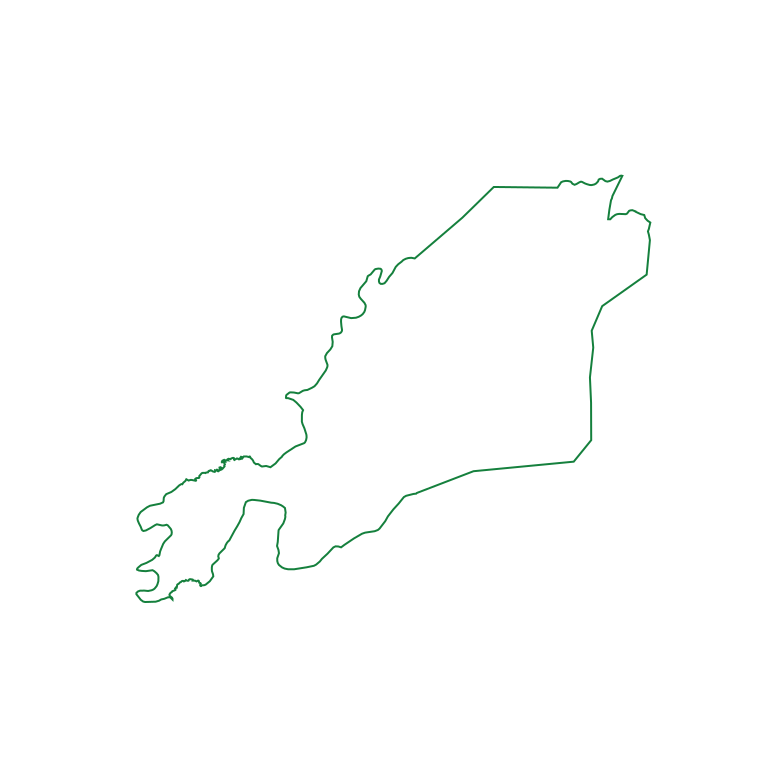 the district of Mon Repos, Praslin, Saint Lucia, rotated 159°
{"feature_id": "8701671B32794864311067", "entity_name": "Mon Repos", "entity_type": "district", "adm_level": 2, "iso_a3": "LCA", "parent_name": "Saint Lucia", "parent_adm1": "Praslin", "projection": "mercator", "projection_center": [-60.893, 13.858], "detail": "fine", "context": "isolated", "style": "outline", "palette": "green", "viewbox_px": 768, "rotation_deg": 159, "n_neighbors": 0, "source": "geoboundaries", "source_scale": "gbopen_adm2", "svg_char_len": 6130}
<svg xmlns="http://www.w3.org/2000/svg" viewBox="0 0 768 768"><g transform="rotate(159 384 384)"><path d="M86.9,492.9L87.8,493.5L89.1,493.7L91.4,493.1L93.2,493.0L97.1,492.9L100.3,492.6L102.9,492.9L104.6,494.1L106.8,497.5L108.7,498.1L110.3,497.9L111.6,496.4L114.1,495.2L116.0,494.9L118.9,495.3L120.5,496.0L122.9,497.8L124.5,499.2L126.7,501.7L127.6,502.3L129.2,502.3L132.7,501.7L134.7,501.7L136.3,503.4L136.9,505.5L137.4,506.2L139.5,507.6L141.6,508.5L144.3,509.0L146.3,508.9L151.7,505.1L210.9,528.6L251.2,511.2L310.3,490.2L313.2,492.0L314.4,492.4L316.3,492.9L318.8,493.1L321.6,492.8L323.7,491.9L327.8,490.7L331.1,489.1L336.3,484.6L340.8,482.2L344.6,479.4L347.4,477.9L349.5,478.0L351.2,478.7L352.0,479.9L352.0,481.4L351.3,483.3L349.0,485.7L345.6,490.2L345.4,491.0L345.5,492.1L346.1,492.9L348.0,493.8L350.6,494.3L351.6,494.2L357.2,491.1L359.8,490.7L360.6,490.4L363.7,486.3L371.6,482.0L374.1,479.5L375.5,476.6L375.8,474.3L375.2,472.0L373.2,466.8L372.9,464.2L373.4,462.7L375.3,459.7L376.6,458.3L378.8,456.9L380.8,456.2L383.5,455.8L386.4,455.9L391.1,457.3L397.2,461.5L398.6,461.7L400.0,460.9L400.9,459.7L401.8,457.5L403.0,453.3L403.8,449.5L404.3,448.6L405.5,447.6L406.9,447.2L408.0,447.2L412.9,448.3L413.7,448.3L415.1,447.7L415.8,446.3L416.8,441.7L418.7,437.8L421.7,435.5L426.2,433.3L428.9,431.0L429.5,429.4L429.8,427.7L429.9,422.1L430.4,420.9L431.1,419.9L433.5,417.5L443.0,411.1L446.4,408.5L449.7,406.8L452.6,406.3L457.6,405.9L460.5,406.6L462.3,406.7L466.6,405.9L467.6,406.1L471.1,408.3L474.0,409.6L475.2,409.9L478.8,408.8L479.4,408.4L480.5,406.2L480.4,405.9L478.5,405.1L474.4,401.7L472.4,398.1L470.1,392.6L468.9,388.6L470.4,387.0L471.7,384.6L474.2,378.2L474.4,375.6L474.2,371.2L474.6,364.7L474.9,363.4L475.5,361.7L476.9,359.5L478.7,357.8L479.8,357.4L489.0,357.4L499.6,355.1L502.7,354.2L504.8,353.2L505.3,352.7L508.8,351.4L513.7,348.7L519.8,347.0L523.4,349.7L527.5,350.7L528.5,351.8L530.0,354.2L531.3,354.9L532.3,355.0L533.6,357.3L533.7,359.5L534.2,361.2L534.9,362.4L535.2,364.3L535.6,364.5L536.2,364.1L538.2,365.6L540.8,366.6L542.7,365.5L542.8,366.8L543.6,367.3L544.2,366.8L544.1,366.1L543.8,365.7L544.3,365.3L544.7,365.3L545.3,366.2L545.6,366.2L545.9,365.6L546.4,365.6L547.9,367.2L550.9,366.7L551.1,367.3L550.6,368.4L550.9,368.9L551.7,369.2L553.4,369.2L554.2,368.8L555.9,369.9L557.0,369.8L557.4,369.1L557.2,368.7L558.8,369.5L559.4,369.4L559.8,368.3L560.9,369.4L560.8,369.7L560.1,370.0L560.4,370.5L562.4,370.3L563.4,369.3L563.3,368.9L562.0,368.8L561.5,367.6L561.3,366.0L562.3,365.3L562.4,364.2L565.0,362.8L566.4,364.9L567.5,365.0L567.7,364.6L567.5,363.7L566.8,363.1L566.3,363.1L566.5,362.4L568.0,362.4L568.6,362.7L569.6,361.9L570.1,361.9L570.3,362.1L570.1,363.1L570.4,363.7L570.8,363.9L571.6,363.3L572.6,364.0L572.9,363.0L573.5,362.6L575.0,363.6L576.5,365.5L577.1,365.7L577.9,365.3L578.5,365.6L579.1,365.5L580.0,364.6L581.8,365.1L582.5,364.8L583.2,365.3L585.1,366.0L586.2,366.0L589.5,364.2L589.8,363.0L590.5,362.6L592.6,363.3L593.4,363.3L594.4,362.9L594.5,362.3L594.0,361.7L594.0,361.3L594.4,361.1L598.0,363.4L599.0,363.8L601.0,363.9L602.7,365.9L604.1,364.7L606.7,363.8L608.2,362.7L608.7,363.1L609.7,363.1L611.6,362.7L616.6,360.6L621.3,359.4L626.8,359.2L629.3,357.7L630.4,356.6L631.8,353.6L632.7,352.7L635.9,352.5L646.1,354.2L649.5,353.8L657.0,351.7L659.8,349.8L661.2,348.3L662.3,347.0L662.6,345.9L662.8,344.7L662.7,341.6L662.3,338.1L662.3,334.7L662.0,333.9L661.3,333.0L658.8,332.6L653.8,333.2L648.2,334.3L646.3,334.4L641.8,331.4L640.0,330.8L637.4,330.5L636.5,329.5L635.0,325.2L634.9,323.3L635.3,321.5L636.2,319.8L637.0,319.1L645.0,315.6L647.4,313.9L651.5,309.6L653.1,307.8L655.0,304.7L655.9,304.1L657.3,305.6L658.2,305.5L660.1,304.1L663.4,302.9L669.9,302.1L675.4,302.1L678.9,300.9L680.1,300.4L681.0,299.6L681.1,299.2L679.6,297.7L677.1,296.3L673.4,294.6L666.8,293.1L665.5,291.5L664.1,288.8L663.4,286.6L663.7,284.7L665.3,280.8L667.2,278.3L668.7,276.8L669.9,276.1L671.5,275.2L672.9,274.8L674.8,274.7L678.4,275.3L681.8,277.0L685.9,278.5L688.0,278.5L690.0,277.7L690.5,276.5L688.4,269.7L686.8,267.2L685.2,266.1L675.2,262.6L671.7,262.3L669.2,262.7L666.0,262.2L662.3,262.3L660.7,261.8L660.0,261.4L658.7,258.5L658.4,259.2L658.5,260.5L660.0,263.1L659.7,264.4L658.0,265.6L656.7,265.8L655.9,266.4L653.0,266.4L652.4,266.6L652.4,267.9L651.5,268.4L651.3,268.1L650.5,268.1L650.4,269.0L649.9,269.1L649.0,270.7L648.4,271.0L647.4,271.0L645.6,271.9L644.6,271.9L643.5,272.4L642.4,272.3L641.4,271.8L641.4,271.4L640.4,271.4L639.2,272.0L638.4,271.0L637.4,270.5L636.9,270.5L636.2,271.2L635.5,271.4L634.6,271.1L632.7,270.0L632.5,269.5L633.0,269.0L630.9,268.1L629.8,266.9L628.0,267.1L627.5,266.6L627.7,264.7L626.9,264.1L626.6,263.4L627.5,262.5L627.8,261.7L627.4,261.0L627.0,260.9L626.1,261.3L624.0,260.6L622.4,260.6L617.3,262.3L612.3,265.6L611.8,267.7L611.7,270.9L611.3,272.3L610.4,274.6L609.4,276.2L608.8,276.7L602.9,279.0L601.4,279.8L600.7,280.4L600.5,282.5L599.6,283.9L598.2,284.9L591.6,287.8L589.7,290.2L587.7,291.9L586.0,292.9L584.5,293.4L576.0,300.7L572.1,303.7L568.4,306.8L565.2,310.0L561.7,312.9L559.2,318.6L555.3,323.2L552.6,323.7L548.9,323.2L547.0,322.4L541.2,319.4L531.8,313.6L529.3,312.4L526.2,310.3L523.5,307.7L522.1,305.8L520.9,303.7L521.9,299.2L523.3,296.8L523.7,295.3L524.9,293.4L528.0,289.9L534.6,285.5L535.0,284.9L539.8,274.6L541.9,271.1L542.0,266.9L542.7,263.7L546.1,259.6L547.1,256.9L547.3,254.7L546.9,252.7L544.9,249.3L542.9,247.3L539.9,245.4L534.1,243.2L521.9,240.6L514.6,239.4L512.1,239.7L507.5,241.3L504.6,243.0L497.6,245.8L489.8,249.6L487.4,249.8L484.9,248.7L482.6,246.9L478.7,248.0L467.4,250.6L458.2,252.1L454.9,252.0L445.4,249.9L442.0,249.9L440.0,250.6L432.0,255.5L427.8,259.0L420.2,263.6L413.2,267.1L406.0,271.3L403.4,271.7L395.9,270.8L393.2,270.1L392.4,270.5L331.7,270.5L234.7,243.5L210.7,257.3L197.4,292.3L189.4,316.3L175.6,343.0L171.0,359.3L152.4,378.5L99.6,392.0L84.2,423.0L83.2,428.5L82.9,431.9L81.2,433.8L77.5,439.3L79.4,442.0L80.7,445.2L80.5,448.5L83.5,450.6L87.4,454.7L87.3,455.0L89.9,457.3L91.9,457.8L93.1,457.8L96.0,456.0L97.4,455.9L103.4,458.5L105.5,459.0L107.4,459.0L111.1,458.0L113.7,456.7L115.7,457.5L111.1,466.0L106.2,474.2L104.7,475.6L103.4,477.6L86.9,492.9Z" fill="none" stroke="#15803d" stroke-width="2"/></g></svg>